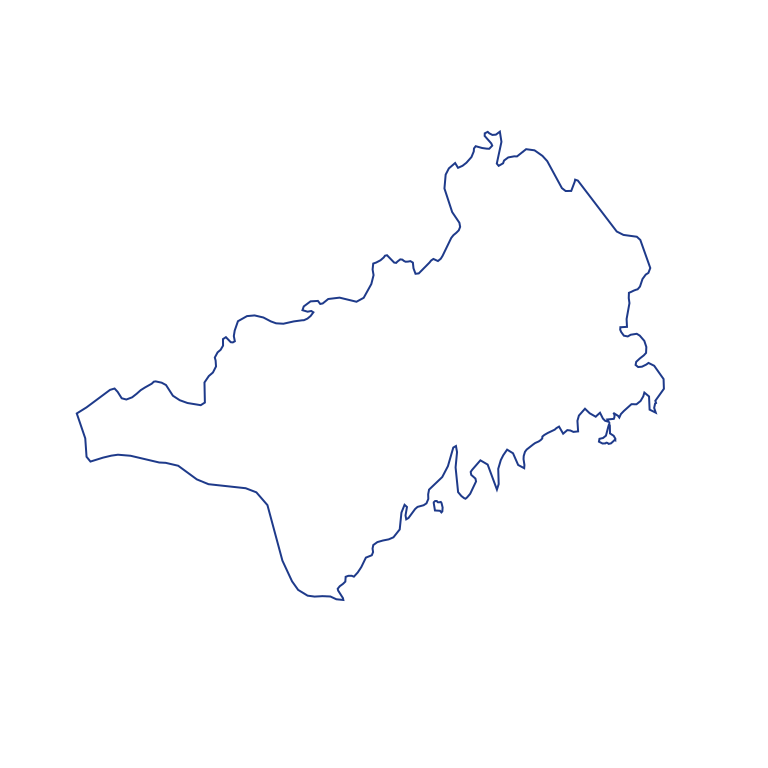 an SVG outline of Satakunta, rotated 240°
{"feature_id": "FIN-3192", "entity_name": "Satakunta", "entity_type": "Region", "adm_level": 1, "iso_a3": "FIN", "parent_name": "Finland", "parent_adm1": "", "projection": "albers", "projection_center": [22.046, 61.595], "detail": "fine", "context": "isolated", "style": "outline", "palette": "blue", "viewbox_px": 768, "rotation_deg": 240, "n_neighbors": 0, "source": "natural_earth", "source_scale": "10m", "svg_char_len": 4449}
<svg xmlns="http://www.w3.org/2000/svg" viewBox="0 0 768 768"><g transform="rotate(240 384 384)"><path d="M231.5,610.1L231.5,609.0L228.2,606.0L223.3,605.0L229.0,601.2L240.7,607.3L246.4,605.2L243.7,602.4L241.0,597.7L240.2,592.5L242.8,588.2L240.7,578.2L239.5,574.1L237.3,571.0L239.3,570.8L244.3,568.2L242.8,568.3L241.5,567.9L240.1,567.0L238.9,565.6L241.6,559.7L238.9,559.7L241.6,557.1L244.6,556.3L251.1,556.7L250.2,552.5L249.8,551.0L255.8,547.5L262.1,545.7L259.2,537.0L255.4,533.1L245.9,528.4L247.8,524.1L250.6,522.1L252.4,519.7L251.4,514.3L259.6,514.3L259.6,511.3L259.1,509.0L259.7,501.5L259.7,497.4L259.3,494.9L257.7,493.8L257.1,491.7L256.9,489.2L257.3,485.4L257.1,483.2L255.9,474.8L254.8,472.2L251.8,469.0L249.2,467.3L243.6,465.1L241.0,463.3L246.8,459.7L259.5,461.1L265.6,457.8L262.7,451.7L259.7,447.1L253.4,440.5L240.0,433.3L236.1,429.0L262.4,433.5L269.7,429.3L265.6,417.4L264.5,415.1L261.7,414.1L256.4,415.9L253.6,415.0L245.8,403.7L244.2,399.1L243.9,397.2L245.1,396.3L248.3,395.0L253.3,394.1L276.0,404.3L288.5,413.2L294.3,415.3L294.3,412.2L280.9,398.3L274.3,387.9L270.0,370.2L266.4,367.1L262.3,364.9L259.4,361.1L259.2,357.7L260.8,351.6L260.2,348.5L255.7,338.2L255.7,335.6L259.4,336.9L266.0,342.4L269.1,341.4L263.9,334.8L250.2,324.9L246.5,315.5L247.1,310.4L249.0,304.8L250.4,299.2L249.9,294.2L247.2,291.8L243.9,290.5L241.8,287.8L242.7,281.5L236.8,272.8L233.9,267.0L232.2,261.6L234.1,260.1L235.7,257.2L236.2,254.4L232.2,251.7L231.4,248.5L231.0,244.6L229.8,241.5L228.0,241.0L219.1,241.4L217.3,240.8L221.4,235.1L226.8,231.3L231.0,224.7L234.6,217.6L238.9,212.0L248.6,206.7L259.1,205.7L281.8,207.7L337.4,222.5L354.0,219.3L362.9,212.1L385.0,181.9L395.0,174.2L416.1,164.9L424.9,155.5L428.4,150.1L448.6,128.6L455.8,118.2L458.3,112.0L460.7,103.9L463.6,91.0L469.7,90.0L486.3,98.1L512.1,103.2L512.5,114.7L515.9,143.8L514.8,148.4L510.4,149.4L502.8,149.7L499.4,153.1L498.4,159.2L499.2,164.9L500.3,170.2L500.5,175.4L500.4,183.0L501.1,185.8L500.4,187.6L496.3,192.1L492.1,194.7L479.4,195.3L472.1,199.0L465.8,204.3L457.3,214.7L457.5,219.6L475.1,229.3L478.5,236.3L479.5,241.6L483.2,247.3L488.5,249.9L491.5,250.7L494.6,255.7L495.3,259.6L497.7,263.8L503.4,267.0L503.6,270.5L496.8,272.2L495.6,273.9L495.6,276.2L500.6,277.9L504.9,281.4L511.4,288.9L511.3,299.3L508.1,306.2L501.9,312.8L494.8,317.3L490.5,320.9L486.5,327.0L483.3,337.2L480.1,345.0L479.3,346.5L478.9,350.4L479.6,354.5L481.4,358.7L483.6,357.5L484.8,354.0L488.7,350.3L491.3,353.3L492.3,361.7L489.0,368.3L485.2,368.8L484.4,371.2L485.5,378.2L481.0,388.7L469.0,401.3L468.8,409.5L476.9,423.0L483.5,429.4L488.9,431.4L493.7,434.9L493.1,437.9L492.9,442.8L493.7,447.0L494.6,449.0L494.0,451.0L484.1,453.5L482.8,455.1L483.1,456.1L483.3,456.8L483.8,460.4L482.5,462.1L480.8,462.7L479.1,463.8L478.0,466.0L477.2,468.3L474.7,469.7L469.5,467.4L463.7,466.4L462.4,469.4L466.4,484.0L467.4,486.6L467.6,489.3L463.5,492.2L464.1,495.8L465.7,498.8L476.9,515.3L478.2,518.6L478.8,522.2L479.7,525.6L482.0,528.5L485.9,529.9L498.8,529.0L523.1,534.1L534.5,542.1L538.3,548.0L539.8,556.1L534.2,556.2L533.7,561.1L534.4,566.0L536.8,573.2L540.5,578.0L543.0,579.7L544.1,582.3L539.3,587.0L536.4,590.7L535.1,592.8L536.3,596.9L538.7,597.2L548.5,595.2L550.7,596.6L550.5,599.9L548.5,600.5L545.5,602.4L544.0,605.6L544.6,610.5L535.0,606.8L518.5,591.9L515.6,592.4L515.6,597.5L517.5,599.7L518.1,604.9L516.1,610.5L514.6,613.0L516.3,624.5L511.1,631.2L502.3,635.3L495.4,636.8L464.7,636.0L460.3,637.8L457.6,642.7L463.9,650.4L465.4,651.7L463.2,653.6L399.7,661.8L393.4,665.9L385.1,676.6L380.6,678.0L351.3,672.6L348.0,668.5L347.9,665.4L345.7,660.4L340.4,654.4L339.2,651.0L339.6,649.5L340.0,647.0L340.2,644.0L340.5,641.7L336.0,638.9L331.3,637.0L319.0,626.6L312.0,623.0L314.5,618.0L315.0,617.1L312.9,615.7L310.4,615.4L305.9,615.9L303.3,618.9L303.3,622.3L301.1,628.0L298.0,629.7L291.2,631.0L284.9,629.7L279.9,626.5L278.9,623.3L278.2,618.3L277.1,613.5L274.7,611.4L271.6,612.6L270.0,616.1L269.7,620.9L270.0,623.6L264.7,627.1L248.5,628.6L239.9,624.0L233.8,610.6L231.5,610.1ZM234.8,556.8L236.3,558.4L236.7,559.0L235.1,558.8L228.2,555.0L224.3,557.0L220.9,557.0L219.8,556.3L220.1,556.2L220.4,556.2L219.9,554.6L219.1,550.9L219.8,548.6L221.2,548.1L222.0,547.2L221.9,546.0L223.2,543.5L226.6,541.3L228.8,543.2L227.7,546.7L228.3,550.4L234.8,556.8ZM256.2,367.6L256.7,368.0L257.1,369.7L256.3,371.2L254.8,371.4L254.0,372.5L253.5,374.2L252.1,374.3L247.7,373.0L244.5,370.8L244.1,369.5L246.2,369.1L249.0,364.9L256.2,367.6Z" fill="none" stroke="#1e3a8a" stroke-width="2"/></g></svg>